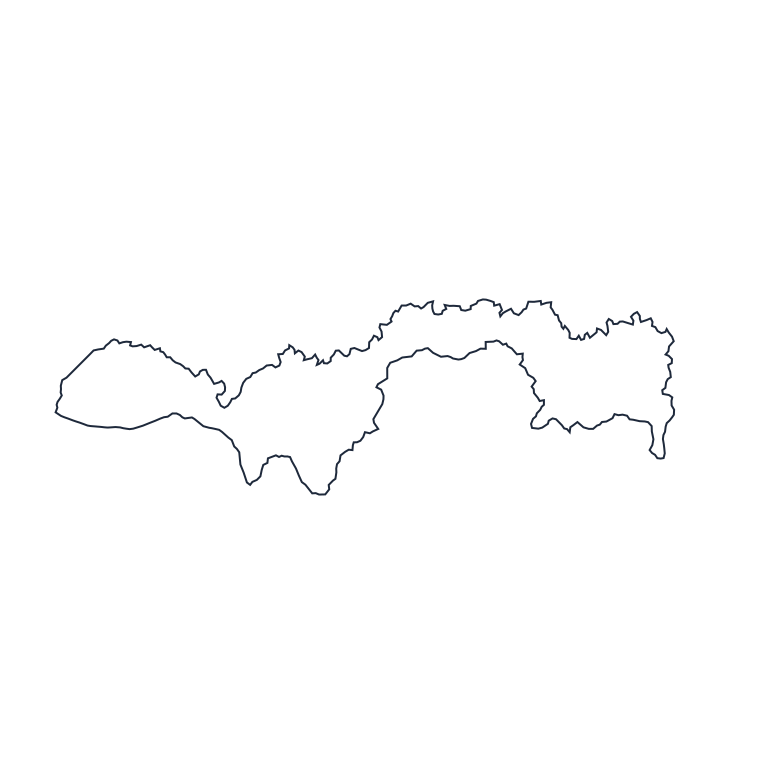 Campina Grande do Sul, Paraná, Brazil, rotated 31°
{"feature_id": "56859067B91516213917217", "entity_name": "Campina Grande do Sul", "entity_type": "district", "adm_level": 2, "iso_a3": "BRA", "parent_name": "Brazil", "parent_adm1": "Paraná", "projection": "orthographic", "projection_center": [-48.831, -25.183], "detail": "fine", "context": "isolated", "style": "outline", "palette": "slate", "viewbox_px": 768, "rotation_deg": 31, "n_neighbors": 0, "source": "geoboundaries", "source_scale": "gbopen_adm2", "svg_char_len": 5769}
<svg xmlns="http://www.w3.org/2000/svg" viewBox="0 0 768 768"><g transform="rotate(31 384 384)"><path d="M610.3,198.1L606.5,195.1L601.5,193.2L598.0,191.3L598.4,194.4L595.6,197.5L591.3,197.7L587.3,195.5L583.8,196.2L582.2,192.5L578.8,190.3L576.2,193.9L572.3,198.5L569.8,196.4L568.2,193.9L563.9,192.0L562.0,195.2L561.1,199.2L565.2,201.3L566.7,204.9L556.5,207.4L554.0,209.1L553.2,212.1L549.8,214.5L547.2,212.5L543.2,212.5L543.1,216.7L545.6,219.1L549.3,223.8L549.3,227.7L542.2,225.9L538.0,226.7L539.6,230.2L536.7,238.3L531.9,235.5L530.8,238.4L532.3,242.3L530.2,244.7L526.1,242.3L525.8,246.4L521.9,248.5L519.2,248.8L516.8,244.5L514.1,242.8L509.1,241.1L509.3,244.3L506.7,243.4L504.6,240.6L501.3,239.4L497.4,235.6L494.9,236.5L490.1,233.6L487.4,232.5L485.2,227.8L481.5,230.7L477.9,234.9L475.6,232.1L470.4,236.2L465.4,239.1L467.0,246.1L465.2,248.4L465.0,251.6L463.9,255.6L458.9,256.5L454.1,254.1L451.0,259.1L449.4,262.1L448.9,266.1L446.3,263.5L447.0,259.8L442.0,256.0L438.1,260.1L435.9,257.3L432.3,258.0L428.1,259.1L425.2,260.6L421.8,264.4L421.8,267.5L418.2,272.4L419.7,275.2L415.9,279.3L412.1,280.8L408.9,278.3L403.4,281.1L400.0,283.3L395.3,285.0L398.7,287.6L396.6,291.0L397.4,294.1L394.7,296.5L391.2,298.0L388.7,296.5L386.6,294.4L384.8,291.8L383.5,287.9L379.7,291.9L378.3,297.7L376.9,300.2L373.2,299.6L370.3,301.7L365.5,301.4L362.6,305.3L358.7,307.7L358.8,314.6L356.1,315.3L355.5,318.4L356.1,321.7L356.1,325.0L358.3,326.6L356.0,331.8L350.0,334.6L351.0,337.9L354.9,340.3L358.2,344.8L356.7,349.2L354.2,347.3L350.5,347.8L350.8,352.0L349.8,355.8L352.6,360.9L350.7,364.5L348.2,367.1L340.1,368.4L337.4,371.0L339.0,376.2L338.0,379.3L335.4,380.2L328.0,378.5L325.5,380.3L325.8,384.5L324.8,388.9L326.5,391.8L324.8,395.6L321.8,397.1L319.5,395.1L318.3,399.8L316.6,402.2L315.5,397.2L312.8,396.1L309.8,394.2L308.9,399.0L305.1,402.7L303.0,404.9L302.0,401.3L296.9,399.1L293.4,399.4L291.8,403.6L289.7,400.8L286.9,399.6L282.8,399.5L284.3,402.4L281.9,406.2L281.8,410.4L278.0,413.0L280.6,415.5L284.1,418.4L284.8,422.1L282.4,425.7L278.2,425.3L273.9,428.6L272.3,433.0L269.9,436.3L268.2,440.2L265.8,442.4L265.8,446.9L263.3,450.5L262.7,455.5L263.6,460.5L265.2,464.6L265.4,468.5L263.9,473.0L261.3,475.1L261.6,478.9L261.3,483.1L259.4,486.6L255.2,486.7L251.6,484.3L247.5,482.0L246.7,478.6L250.3,476.7L251.2,471.9L249.5,468.7L246.8,466.0L243.2,465.0L241.7,467.7L238.3,471.4L234.9,469.5L232.0,467.9L228.1,466.6L224.1,463.5L221.4,465.2L219.8,468.1L220.3,471.1L218.3,474.8L213.0,473.2L208.7,471.5L205.7,473.0L202.7,472.2L199.1,471.9L194.2,472.9L190.7,472.5L187.0,471.2L184.0,473.0L181.2,471.5L178.4,470.4L175.5,471.2L173.5,468.8L169.9,472.9L166.2,472.0L163.6,471.2L159.5,476.1L155.6,475.3L152.4,478.9L149.1,481.2L146.5,481.7L145.5,478.4L141.4,480.4L138.7,482.6L136.2,485.5L133.1,484.0L129.6,484.8L127.9,487.5L127.3,490.5L125.8,494.4L125.6,498.0L121.2,501.6L117.8,504.8L116.6,509.9L112.4,526.8L108.6,542.1L106.2,546.4L107.9,552.0L109.8,554.8L111.2,557.8L113.7,559.8L113.7,563.5L113.4,567.5L114.1,570.4L116.2,572.5L117.1,577.4L123.6,577.7L127.4,577.1L130.7,576.4L136.2,575.4L139.9,574.6L142.8,573.9L146.9,573.1L151.3,572.3L154.1,571.2L157.9,569.3L163.8,566.4L166.7,565.1L169.5,563.7L172.0,562.0L176.0,559.2L180.2,557.1L183.2,556.2L186.2,555.0L189.2,553.7L192.1,551.4L194.9,548.3L198.8,543.9L203.4,537.8L206.8,533.4L210.1,528.8L212.5,525.8L215.5,523.4L217.8,518.2L221.4,516.1L225.0,515.7L228.3,516.4L231.0,516.1L236.6,511.6L239.5,511.6L250.9,513.2L256.6,511.6L259.1,510.6L261.7,509.7L266.3,508.2L269.9,508.5L278.2,510.1L282.4,510.5L287.8,514.7L291.3,515.4L295.1,517.1L302.4,527.0L309.3,532.2L317.2,539.0L321.2,539.4L321.6,535.7L324.4,531.7L325.6,526.8L323.4,520.5L322.2,515.5L324.7,511.7L322.8,507.5L328.1,500.8L331.6,500.6L333.2,498.2L336.0,497.4L338.4,495.9L341.1,495.0L344.9,497.7L352.1,501.8L358.0,506.2L364.1,510.4L368.5,510.8L374.3,513.0L378.8,514.7L381.7,512.7L385.3,512.2L390.5,508.9L391.3,502.5L388.6,499.0L390.0,493.1L391.2,490.3L388.7,484.3L386.6,481.1L385.0,476.9L385.7,473.1L383.5,467.6L385.6,462.2L387.6,458.5L391.0,456.9L388.9,452.6L388.1,449.6L390.9,447.8L393.0,444.8L393.5,440.2L392.5,435.1L397.3,433.5L398.8,430.5L402.2,425.5L395.4,422.4L393.0,419.6L392.9,402.1L391.4,397.4L389.6,394.2L384.5,390.3L379.2,390.7L378.9,387.3L383.9,377.5L378.5,368.6L378.4,362.6L383.2,356.9L386.0,351.9L393.5,346.1L394.8,338.6L399.1,335.5L400.9,332.6L403.1,330.7L410.0,332.0L418.8,331.3L424.1,327.3L427.2,326.6L430.0,326.6L435.2,324.7L437.4,322.9L439.5,320.3L441.4,313.4L445.9,308.4L448.5,304.0L453.1,301.4L449.5,295.6L456.0,291.3L458.0,288.7L460.7,288.1L465.7,289.1L468.0,286.4L470.5,288.0L475.2,287.7L478.2,288.7L482.6,290.1L487.3,286.5L488.8,289.6L490.8,292.0L490.3,297.4L496.9,297.7L502.7,301.9L508.8,301.8L512.5,303.4L511.9,310.2L515.0,311.3L517.2,314.5L523.0,316.6L526.2,318.4L529.4,315.5L531.8,319.5L530.9,322.3L531.2,325.7L530.1,330.4L530.9,333.5L529.7,337.1L530.6,342.5L533.5,345.4L539.3,342.8L542.1,339.9L545.0,333.7L544.1,330.6L546.2,326.7L549.6,325.6L557.7,327.7L561.4,329.3L564.1,328.4L568.0,329.7L566.0,325.1L567.5,321.8L569.4,317.0L577.3,318.4L582.6,317.0L586.4,314.7L588.0,309.9L589.9,307.7L590.4,304.3L594.0,301.6L597.5,295.6L597.1,291.1L601.0,290.0L604.3,287.4L608.7,286.0L612.7,287.8L616.0,286.3L622.3,284.2L626.8,281.8L630.0,280.7L635.1,282.2L638.0,286.7L643.4,292.6L645.5,298.2L645.7,303.8L649.3,305.1L652.8,305.1L656.5,306.8L659.6,305.4L661.8,303.5L660.4,298.9L657.3,294.7L654.9,291.6L651.4,287.5L649.8,283.8L649.5,280.2L647.4,275.5L646.5,271.9L647.6,268.2L648.1,264.2L648.3,261.1L645.9,256.6L641.6,254.3L639.1,250.4L638.0,247.0L633.9,246.7L628.1,248.9L625.7,246.0L627.2,242.4L624.9,237.2L624.7,233.7L626.3,230.4L623.1,226.2L619.6,223.5L617.8,221.3L619.9,217.9L618.0,214.3L613.5,213.2L610.2,213.7L610.9,209.4L609.0,205.0L610.3,198.1Z" fill="none" stroke="#1e293b" stroke-width="2"/></g></svg>